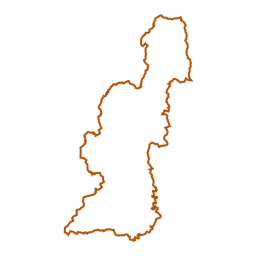 the district of Dak Doa, Gia Lai, Vietnam
{"feature_id": "81297802B36312306774318", "entity_name": "Dak Doa", "entity_type": "district", "adm_level": 2, "iso_a3": "VNM", "parent_name": "Vietnam", "parent_adm1": "Gia Lai", "projection": "albers", "projection_center": [108.178, 14.116], "detail": "fine", "context": "isolated", "style": "outline", "palette": "amber", "viewbox_px": 256, "rotation_deg": 0, "n_neighbors": 0, "source": "geoboundaries", "source_scale": "gbopen_adm2", "svg_char_len": 5835}
<svg xmlns="http://www.w3.org/2000/svg" viewBox="0 0 256 256"><path d="M85.0,139.4L86.0,141.2L85.7,141.7L85.0,141.8L85.4,143.6L84.0,144.4L83.5,145.3L80.4,147.9L80.7,150.0L80.5,157.7L83.5,158.0L86.4,160.2L86.4,160.7L85.5,162.1L86.3,163.4L87.2,164.1L87.6,166.3L87.4,167.9L87.8,169.9L88.8,171.6L89.8,172.1L90.3,171.6L91.2,172.5L91.9,171.9L91.4,173.2L91.9,173.6L92.1,174.3L92.7,173.0L93.4,173.3L94.1,174.1L94.4,173.6L95.0,173.8L95.6,173.1L99.8,172.8L100.8,175.5L102.9,176.8L103.2,180.3L104.0,181.9L103.6,182.4L102.4,182.7L102.1,183.1L100.3,183.8L100.4,184.9L101.9,187.2L100.0,188.9L98.4,189.8L95.6,188.7L95.5,189.6L96.2,190.2L96.1,191.6L95.8,192.1L95.4,191.9L95.2,192.6L95.8,192.7L95.3,193.4L93.4,194.7L89.0,195.7L83.8,197.3L83.3,198.6L83.4,200.2L82.9,201.5L83.7,203.0L84.1,205.4L82.6,207.1L81.3,207.7L79.6,209.5L77.4,209.7L76.8,210.1L76.3,211.0L77.0,212.7L76.5,213.6L76.7,215.3L74.4,215.9L72.7,217.3L72.0,218.2L73.3,220.1L73.1,220.9L70.2,222.0L67.9,225.5L64.9,227.7L64.7,232.3L66.6,232.9L67.3,233.9L68.0,233.9L68.3,234.7L70.4,231.2L73.3,231.9L76.3,233.8L77.4,233.7L77.5,232.3L78.1,232.1L81.2,232.5L84.0,233.6L84.9,232.4L85.4,232.3L86.5,232.8L87.2,233.7L88.4,232.5L92.3,231.8L95.4,230.1L97.0,230.3L97.5,229.8L98.3,230.1L99.0,229.9L99.7,230.5L101.3,230.7L103.0,230.2L103.4,230.3L103.8,231.0L104.2,230.6L105.1,230.6L106.1,229.4L108.2,229.7L108.7,229.3L111.0,229.4L112.5,230.0L113.7,229.9L114.0,231.3L115.6,234.7L118.0,235.5L124.6,235.1L126.4,234.2L128.0,235.3L128.3,236.2L129.2,236.8L129.7,236.8L129.4,237.3L130.3,239.7L132.3,239.9L133.0,239.7L133.7,240.1L133.7,240.6L135.1,240.1L134.5,238.2L135.0,237.2L135.7,237.3L138.1,238.6L138.6,238.5L138.7,238.1L138.3,237.5L139.0,236.3L137.6,235.3L138.9,234.0L139.6,233.9L140.3,235.0L141.7,235.0L145.1,234.1L146.4,231.9L146.9,231.6L147.5,231.6L148.7,232.6L149.5,232.5L150.1,231.4L150.3,230.2L152.3,229.1L152.8,228.4L152.5,227.7L150.5,226.8L150.5,226.3L152.7,226.3L153.4,225.8L154.2,224.5L155.3,221.7L156.0,220.9L156.1,219.1L157.7,218.6L158.7,217.9L160.1,217.7L160.7,216.5L160.5,215.5L157.6,212.4L156.8,212.4L155.8,211.6L155.8,211.2L157.6,209.2L157.7,208.2L157.3,207.7L156.3,207.3L155.7,207.3L154.3,209.2L153.9,209.3L152.4,209.3L151.8,208.6L152.3,207.7L155.3,207.0L155.2,206.3L153.4,205.5L153.2,203.5L153.4,203.0L153.9,202.7L155.5,203.4L155.9,203.2L155.8,201.8L155.0,199.0L155.2,198.5L157.0,197.7L157.1,197.2L156.5,196.8L154.5,197.5L153.5,197.4L152.5,197.0L152.1,196.2L152.5,195.9L153.8,196.3L154.0,195.8L153.6,192.4L152.8,191.4L153.0,190.9L153.7,190.8L156.0,191.5L156.4,190.7L156.1,189.8L156.5,189.6L155.8,188.4L155.9,187.7L153.2,185.6L153.7,180.9L153.0,179.8L152.6,177.9L151.8,177.3L152.1,175.6L151.8,174.8L150.2,173.0L150.9,169.9L149.9,169.4L152.6,168.6L151.7,167.8L148.0,162.4L149.0,158.2L148.4,157.1L148.0,154.4L147.4,152.6L148.3,151.0L148.4,149.6L149.2,148.0L149.4,144.9L150.9,143.2L151.9,142.5L152.5,142.5L153.6,143.3L155.6,144.2L157.2,143.9L158.8,145.9L158.9,146.9L159.2,147.0L161.5,145.7L163.1,145.9L163.8,145.4L165.9,145.5L167.6,144.1L167.3,142.5L166.5,141.3L164.3,139.3L164.2,137.4L164.7,136.0L167.0,134.4L167.6,132.5L167.2,130.1L165.4,127.7L169.9,126.2L167.7,120.5L167.7,119.5L166.9,118.3L167.3,117.0L167.3,115.9L166.2,114.8L165.0,114.1L163.8,114.1L162.9,114.6L162.0,114.4L162.6,113.2L163.5,112.6L164.6,110.3L165.3,110.5L165.6,110.9L166.5,110.7L168.0,111.4L168.4,111.5L168.6,111.2L168.8,109.0L167.9,107.7L169.2,107.4L169.4,106.8L169.0,105.3L168.1,104.6L166.9,102.0L166.4,102.0L166.6,99.8L167.3,98.9L167.2,97.9L168.6,96.9L168.2,95.7L168.5,93.9L166.9,93.1L166.4,92.0L167.5,89.1L168.1,88.7L169.0,86.6L169.7,86.4L170.0,84.3L168.6,83.8L169.8,83.1L169.9,81.9L170.2,81.6L172.3,81.2L173.1,79.5L174.7,78.7L177.9,80.3L178.9,81.5L180.5,82.4L184.5,81.7L184.9,80.6L185.5,80.0L185.8,78.4L188.6,80.1L191.3,80.4L189.7,78.4L188.9,76.1L188.9,73.4L189.5,72.3L189.8,70.3L189.5,68.7L190.5,67.2L190.7,65.3L190.4,64.1L190.9,63.3L189.9,59.2L187.7,58.2L187.9,56.4L186.8,55.0L186.5,51.7L187.0,49.2L187.7,47.9L187.6,44.1L186.8,43.6L186.8,42.8L185.2,40.4L186.2,39.0L186.7,35.7L186.6,33.7L185.6,32.2L185.3,30.0L184.8,29.3L184.5,27.7L184.6,27.3L185.8,25.5L183.9,22.1L181.0,20.3L180.9,19.8L181.3,19.2L180.6,17.3L178.8,18.1L177.1,18.2L176.1,18.6L174.5,18.2L173.4,19.0L172.0,19.4L170.2,18.7L168.0,19.0L166.1,17.7L163.4,17.6L162.7,16.8L162.1,16.6L161.7,15.6L160.6,15.4L159.4,15.9L158.4,16.8L155.7,18.1L155.1,20.1L154.3,21.4L154.0,23.0L153.3,23.8L153.3,24.6L154.1,25.1L153.9,26.4L152.9,26.9L152.3,28.4L151.6,28.5L149.3,30.0L149.5,31.8L148.7,32.1L148.2,32.9L145.7,32.8L145.3,34.0L144.3,35.3L143.6,35.3L143.0,36.1L141.4,38.7L141.0,40.0L141.2,41.3L140.9,43.7L141.9,45.6L143.1,46.1L145.3,43.4L145.8,44.2L147.6,45.3L145.6,48.6L145.5,52.7L146.2,54.2L145.6,55.1L145.6,58.0L145.2,59.6L144.0,60.1L144.0,60.8L146.2,63.8L148.1,65.1L148.3,66.5L147.8,66.9L147.5,69.8L145.6,70.4L145.8,71.0L145.5,71.7L145.7,72.7L144.2,75.3L143.8,77.0L141.9,79.5L141.1,83.3L141.2,83.9L140.4,86.1L140.6,86.5L141.1,86.7L140.4,87.6L138.6,87.9L137.5,88.6L135.8,88.0L135.0,86.3L133.8,85.0L129.9,83.5L129.0,81.2L128.6,80.9L126.1,81.9L125.6,82.5L124.7,82.5L123.4,83.5L122.4,82.9L122.5,82.5L122.0,82.2L120.4,83.0L118.9,82.7L117.9,83.1L116.9,83.8L116.7,84.4L115.9,84.9L114.3,84.1L113.0,84.7L112.4,86.0L111.8,86.4L111.4,86.2L110.8,86.7L110.7,87.6L108.9,90.1L108.1,90.3L108.4,92.3L108.1,92.4L107.9,91.8L107.5,91.7L106.6,92.8L107.2,93.3L107.2,94.1L106.1,94.3L105.3,96.4L103.6,95.9L103.0,97.8L101.7,99.1L101.3,100.3L101.6,101.3L101.3,101.5L100.7,103.2L100.6,104.1L99.4,105.7L98.7,107.4L99.2,108.6L100.4,109.3L101.1,111.6L101.3,113.2L100.5,113.9L100.8,115.0L100.5,115.5L98.4,116.4L98.2,116.7L99.1,122.0L100.2,124.8L100.4,126.3L101.5,128.1L98.8,130.1L100.0,133.4L95.7,135.8L95.7,134.6L94.7,134.1L94.0,134.1L94.3,133.2L93.9,132.6L93.2,133.0L92.5,132.4L91.8,132.9L87.9,132.0L84.8,135.0L84.2,136.0L85.3,137.5L85.0,139.4Z" fill="none" stroke="#b45309" stroke-width="2"/></svg>